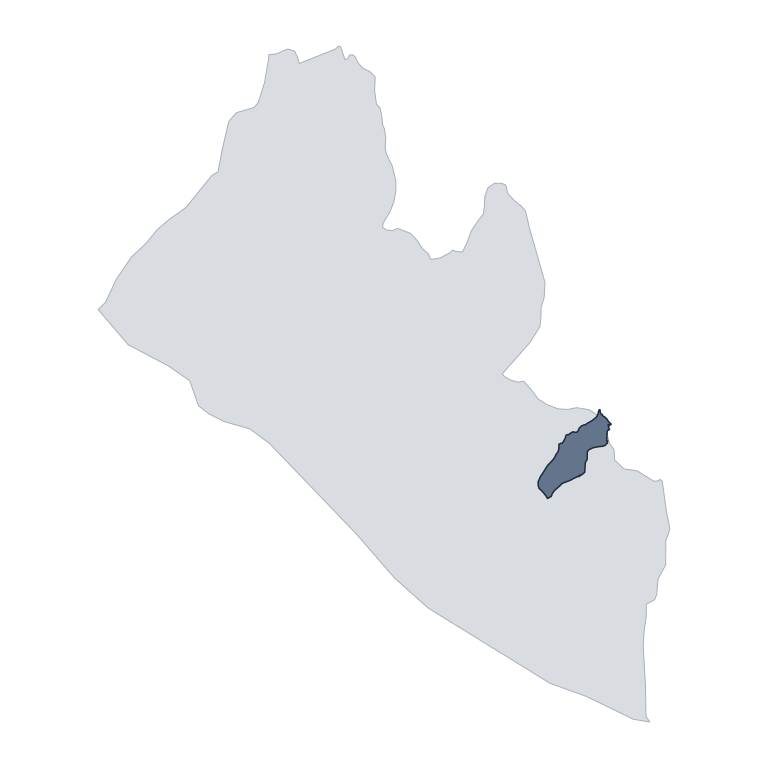 location of Tchien, Grand Gedeh, Liberia
{"feature_id": "62588387B79134287051190", "entity_name": "Tchien", "entity_type": "district", "adm_level": 2, "iso_a3": "LBR", "parent_name": "Liberia", "parent_adm1": "Grand Gedeh", "projection": "natural_earth1", "projection_center": [-8.022, 6.011], "detail": "fine", "context": "in_parent", "style": "filled", "palette": "slate", "viewbox_px": 768, "rotation_deg": 0, "n_neighbors": 0, "source": "geoboundaries", "source_scale": "gbopen_adm2", "svg_char_len": 3927}
<svg xmlns="http://www.w3.org/2000/svg" viewBox="0 0 768 768"><path d="M98.1,309.5L105.5,302.3L116.4,279.1L131.6,256.8L145.8,243.6L157.0,230.0L168.9,219.6L185.9,207.5L211.9,175.5L218.0,171.8L222.2,149.6L228.8,121.4L236.3,112.7L254.0,107.5L258.2,102.6L264.5,82.7L268.5,59.6L268.9,54.6L275.9,54.0L287.8,49.0L294.7,51.2L297.7,57.9L299.3,63.5L335.4,49.1L338.6,46.1L340.5,46.6L345.0,59.6L347.6,58.8L349.8,55.0L352.2,54.7L355.0,56.4L357.8,62.5L362.4,67.9L370.2,71.8L375.2,77.0L374.6,90.9L376.5,104.4L379.9,107.6L381.7,115.6L382.6,124.5L384.5,129.2L385.8,138.1L385.1,147.7L386.5,154.4L392.3,166.1L395.8,180.7L395.9,191.1L393.8,202.0L389.9,212.0L383.2,222.9L382.6,227.2L386.6,230.1L392.7,230.6L397.7,228.4L410.5,233.4L417.2,240.6L423.1,249.4L428.4,253.9L430.8,259.5L439.9,258.0L450.4,252.6L452.6,250.0L455.7,251.4L462.5,252.0L467.2,242.3L471.1,231.1L479.3,219.0L483.3,214.3L484.4,206.6L484.8,196.7L487.8,188.0L494.5,183.2L501.8,183.3L505.8,185.1L507.8,193.5L513.6,199.8L518.6,204.2L521.3,206.1L525.5,211.0L529.4,227.9L545.0,282.4L544.2,297.5L541.1,307.3L541.0,316.9L540.0,326.4L530.4,342.0L502.3,373.8L504.4,376.6L511.2,380.3L518.0,382.1L523.6,381.2L530.7,389.1L538.3,399.1L546.3,404.3L557.9,408.9L568.0,409.4L576.7,407.7L588.8,409.6L601.8,417.9L606.4,431.6L609.5,443.5L614.0,449.5L614.6,459.8L623.8,468.9L636.9,470.7L654.0,481.3L658.3,480.8L660.2,479.4L662.3,481.4L666.5,512.1L669.9,528.4L668.1,534.9L665.8,540.1L665.7,564.9L658.0,579.1L656.7,594.7L654.6,599.7L646.3,604.2L646.3,616.2L644.1,630.7L643.2,646.0L645.5,686.3L646.0,716.3L649.7,721.9L633.7,719.4L586.5,696.5L550.2,683.4L428.6,608.4L394.8,578.3L355.9,533.5L269.3,443.3L249.6,428.8L224.7,421.8L209.3,414.1L198.5,405.8L189.7,380.7L168.1,365.8L128.1,344.7L98.1,309.5Z" fill="#d9dde1" stroke="#a8b0b8" stroke-width="1"/><path d="M547.4,498.4L548.1,498.2L548.4,498.1L549.5,497.2L550.4,496.8L551.1,496.6L551.9,494.8L552.3,493.6L554.4,490.7L557.2,488.1L557.3,488.1L560.0,485.7L562.0,483.6L563.5,482.9L568.0,481.2L570.7,480.1L571.5,479.7L573.5,478.5L575.4,477.6L576.9,477.0L578.5,476.0L580.1,475.3L579.9,475.9L581.0,475.1L582.1,474.5L583.1,473.7L584.2,472.8L584.8,472.2L584.8,470.6L585.0,467.7L585.3,463.0L586.0,461.2L587.0,459.9L587.2,458.4L587.2,456.7L587.2,455.2L587.2,454.2L587.4,451.8L588.6,449.9L590.3,449.1L592.8,447.9L594.1,447.5L594.3,447.5L598.7,446.7L602.4,446.3L602.5,446.3L605.0,445.5L607.3,443.2L607.2,443.1L607.1,442.5L607.5,441.6L607.8,441.3L607.8,441.0L607.4,440.8L606.7,440.7L606.5,440.3L606.7,439.7L607.0,439.0L607.0,438.3L606.9,437.1L606.9,434.7L607.3,433.9L607.2,433.3L607.1,432.7L607.1,431.8L607.3,431.1L607.6,430.5L608.5,430.2L609.2,429.7L609.5,429.3L609.1,428.7L608.9,428.5L608.6,428.1L608.6,427.6L609.1,426.2L608.7,425.7L608.2,425.5L608.1,425.2L608.1,424.8L608.4,424.6L609.7,424.6L610.4,424.9L610.8,424.8L611.1,424.4L611.0,423.9L610.3,423.2L609.6,422.5L608.1,421.2L607.8,420.2L607.3,420.1L607.2,419.4L606.7,418.7L605.9,418.0L604.5,416.8L603.2,416.2L602.9,415.8L602.6,415.0L602.3,414.5L602.1,414.6L601.8,414.8L601.5,414.7L601.0,413.9L600.2,411.9L600.1,410.9L600.1,410.0L599.8,409.7L599.3,409.9L599.1,410.0L598.9,410.5L598.8,411.0L598.7,411.6L598.6,411.8L598.4,411.8L598.3,413.3L597.3,415.5L596.6,416.9L594.7,418.5L593.5,419.5L592.3,420.5L590.2,421.7L588.1,422.9L587.7,423.1L585.3,424.7L583.4,425.1L582.3,425.6L581.4,426.0L579.3,428.0L578.3,430.5L577.2,431.9L576.0,432.3L575.6,432.3L574.7,432.2L573.7,432.0L572.6,431.8L572.0,432.4L569.9,433.5L568.8,434.7L567.3,434.6L566.0,435.3L565.3,437.9L565.2,438.2L563.8,440.8L563.7,440.9L563.3,441.7L563.2,441.8L562.4,443.1L560.7,443.3L559.2,444.2L558.9,444.3L558.9,447.0L558.8,449.2L557.9,452.0L556.8,453.4L555.8,454.8L555.6,455.1L555.3,456.2L554.8,457.2L553.9,458.5L553.5,459.1L550.4,462.6L547.8,465.2L547.6,465.5L546.5,467.1L544.0,471.2L540.2,477.0L538.1,482.0L538.2,485.4L538.2,485.5L539.1,488.5L540.1,489.3L541.8,490.9L544.0,493.4L546.1,496.1L547.4,498.4Z" fill="#64748b" stroke="#1e293b" stroke-width="1.5"/></svg>